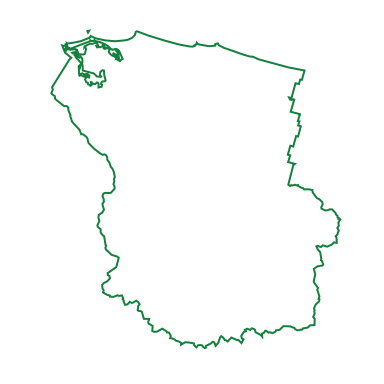 Tweed, New South Wales, Australia, rotated 276°
{"feature_id": "25037944B14398404968325", "entity_name": "Tweed", "entity_type": "district", "adm_level": 2, "iso_a3": "AUS", "parent_name": "Australia", "parent_adm1": "New South Wales", "projection": "natural_earth1", "projection_center": [153.453, -28.35], "detail": "fine", "context": "isolated", "style": "outline", "palette": "green", "viewbox_px": 384, "rotation_deg": 276, "n_neighbors": 0, "source": "geoboundaries", "source_scale": "gbopen_adm2", "svg_char_len": 5861}
<svg xmlns="http://www.w3.org/2000/svg" viewBox="0 0 384 384"><g transform="rotate(276 192 192)"><path d="M324.6,291.2L326.0,274.8L331.0,243.9L332.9,238.7L332.8,235.1L333.9,229.2L338.8,208.4L340.8,203.3L342.5,202.2L341.4,199.6L340.0,199.8L338.8,194.0L339.4,184.0L339.8,182.3L340.9,181.1L339.5,181.0L338.1,179.2L337.8,179.7L337.3,179.2L336.6,177.1L336.5,174.3L337.3,164.1L339.6,149.7L343.1,131.9L346.1,120.5L345.3,119.3L342.0,118.8L339.2,116.5L336.9,112.7L335.7,108.9L333.9,99.8L333.7,89.8L334.8,80.0L336.6,74.9L335.4,74.6L333.7,72.1L330.4,65.7L328.3,59.2L326.6,52.5L326.9,52.0L322.9,53.0L321.9,56.3L331.5,75.2L332.1,75.1L331.6,75.5L332.1,79.2L332.6,79.2L332.1,79.5L331.5,84.7L330.0,89.7L328.4,93.1L325.3,97.2L325.4,98.6L326.3,98.9L325.4,98.9L326.4,101.1L325.9,103.3L324.8,104.7L317.2,109.1L316.0,107.4L314.7,106.8L314.7,106.1L318.9,105.0L315.4,105.7L315.6,104.8L317.0,104.6L315.7,104.1L316.2,103.3L318.2,104.6L316.9,102.8L318.8,103.3L320.2,100.6L320.8,101.1L319.3,103.6L319.2,104.2L319.4,104.9L322.5,104.2L324.5,102.4L324.4,102.0L322.5,103.9L321.8,103.4L319.4,104.4L321.7,99.4L321.2,99.2L320.0,100.0L318.3,102.4L317.5,102.2L318.5,101.2L319.5,97.9L321.5,95.4L323.0,94.6L324.9,95.1L325.7,94.7L327.1,89.4L325.7,91.3L325.2,90.6L325.6,89.1L328.3,89.2L329.0,87.8L327.5,87.8L326.3,85.4L326.5,84.5L325.9,82.6L327.5,81.4L328.1,83.1L330.3,82.0L330.4,80.9L328.9,77.2L328.8,75.0L325.6,69.9L324.7,69.9L325.1,70.2L324.6,71.0L322.9,71.7L318.2,71.0L317.3,69.4L317.3,66.1L315.0,62.8L313.9,66.1L315.3,66.8L313.3,68.9L309.6,69.5L308.4,69.1L306.0,70.1L301.4,70.6L299.6,82.1L297.0,85.3L296.9,89.1L297.3,89.6L298.6,88.3L301.9,88.3L303.8,90.3L303.6,91.7L299.1,92.5L294.1,94.4L293.1,93.9L292.6,91.5L291.9,90.7L290.0,90.1L289.3,91.3L287.2,91.1L286.2,88.1L289.8,87.7L291.0,86.7L291.0,85.9L289.3,84.5L289.1,82.2L290.5,81.1L290.7,80.0L286.6,80.9L287.4,80.4L287.0,79.8L287.6,79.5L288.3,77.4L289.8,76.9L290.1,75.4L292.8,73.9L296.0,75.2L295.4,72.6L295.8,70.8L296.3,75.2L295.5,75.9L295.1,77.6L297.0,77.8L298.5,75.7L297.7,72.3L298.6,70.4L297.4,68.5L296.0,70.2L296.4,68.9L295.9,68.1L296.3,67.6L305.2,66.2L306.3,67.1L304.3,67.0L303.8,67.6L308.7,68.2L313.9,62.3L315.3,61.8L315.9,60.8L317.9,60.3L318.3,59.2L317.6,58.8L317.9,58.3L318.5,59.5L318.4,61.0L319.6,61.4L319.9,62.4L318.7,62.9L317.3,62.1L317.9,61.4L318.3,62.3L319.0,62.2L317.8,60.8L316.5,61.1L315.8,62.4L318.1,64.2L321.3,62.9L321.9,61.1L320.7,56.0L321.2,52.8L319.2,51.8L320.1,50.7L322.7,51.5L324.0,50.8L324.9,51.1L326.7,50.9L324.6,50.8L323.9,49.1L324.2,47.6L317.3,51.2L312.9,57.9L310.7,56.1L281.6,41.9L279.5,42.9L275.8,41.8L274.6,42.7L273.0,45.6L270.4,46.1L269.2,47.7L264.0,55.9L264.4,58.4L263.0,60.2L260.2,60.6L255.8,63.1L255.0,62.9L249.3,65.4L242.0,73.7L237.8,75.8L238.1,77.3L235.9,81.1L234.1,82.5L230.0,83.9L224.8,90.1L220.5,97.1L219.6,99.5L220.3,100.8L219.7,102.5L218.3,103.7L215.1,104.5L212.8,106.7L208.5,108.6L206.8,110.5L203.7,112.2L198.9,113.7L196.8,113.0L194.9,113.6L191.5,113.1L189.3,114.4L187.2,114.7L182.6,111.3L182.0,105.6L181.2,104.1L178.6,103.3L176.1,104.8L172.9,105.4L171.4,104.3L169.8,104.4L165.1,106.3L162.3,105.0L159.6,101.7L156.6,101.6L153.5,102.9L148.9,101.4L147.4,102.0L145.5,105.0L142.2,105.4L139.8,107.5L138.9,109.2L130.2,111.6L129.7,112.3L127.7,111.7L126.0,112.2L121.1,118.6L120.0,124.3L118.9,126.0L109.5,124.6L102.5,116.6L100.6,116.9L99.8,118.7L97.4,119.4L94.1,116.8L92.4,114.0L90.2,112.3L86.5,113.2L84.8,114.5L82.8,114.0L80.8,118.5L80.4,121.2L79.4,121.4L79.5,124.9L81.5,128.7L81.0,130.0L81.8,133.1L79.2,134.7L78.2,134.2L77.1,135.4L76.3,135.3L72.8,137.2L73.5,139.6L76.3,141.6L75.4,143.7L75.6,144.6L78.0,147.8L77.1,149.7L74.9,151.6L72.6,150.2L71.6,150.6L69.0,150.2L68.2,151.1L68.1,153.8L67.5,154.7L60.8,157.4L61.3,162.7L58.1,162.0L56.5,162.7L54.7,166.9L49.6,167.0L49.0,168.9L49.5,171.8L53.0,176.8L50.7,181.4L49.7,181.8L49.8,183.8L46.7,185.9L44.3,185.5L44.4,187.2L43.5,190.3L42.4,191.6L42.0,194.4L40.7,197.1L39.0,197.1L41.9,201.0L42.0,205.0L41.6,209.7L40.0,210.1L37.9,212.5L40.3,214.2L40.7,216.3L40.4,218.3L39.3,219.0L38.1,220.9L38.7,222.1L40.5,222.1L43.3,226.6L45.2,228.3L45.1,229.3L44.0,230.4L41.5,231.5L44.8,234.0L50.2,235.1L51.7,236.1L50.4,238.3L48.2,240.0L48.0,241.4L47.0,243.0L51.4,246.4L49.6,251.8L49.7,253.6L46.9,257.0L50.9,258.6L51.5,256.9L54.0,256.0L58.5,258.3L59.1,260.2L60.6,259.1L61.8,261.3L60.9,264.3L62.7,265.7L62.2,268.0L61.3,269.2L59.2,269.8L57.0,275.3L55.5,276.9L58.4,276.4L59.5,278.3L61.6,279.3L61.8,280.1L60.1,282.7L60.7,284.3L60.0,286.7L61.9,289.7L63.2,290.0L64.1,293.5L68.2,297.0L68.6,303.9L67.4,308.3L66.3,308.9L65.6,311.2L65.8,313.3L66.4,314.0L66.6,316.0L67.9,316.5L69.2,321.1L71.9,323.6L72.4,327.7L78.6,327.3L80.4,325.6L83.9,326.7L86.3,326.0L87.5,326.3L88.9,325.5L93.2,326.9L96.5,329.9L98.7,329.9L98.8,329.1L101.6,329.6L107.8,326.8L109.7,327.4L114.9,322.7L116.2,322.4L123.1,323.2L128.2,321.2L131.2,324.6L132.5,329.4L133.5,330.1L137.0,328.5L137.7,327.3L139.0,327.6L145.7,325.7L148.0,323.1L150.9,321.4L151.5,322.2L150.8,326.0L152.6,327.7L151.8,332.3L154.5,336.7L156.7,338.4L156.6,341.3L161.7,340.5L163.0,339.5L165.4,341.3L167.1,341.3L168.8,342.1L171.5,340.3L173.6,341.5L177.0,340.8L180.0,342.2L180.5,340.7L181.1,341.3L182.1,339.4L183.7,339.1L184.5,337.7L186.2,336.9L189.3,333.2L189.2,330.8L188.1,329.1L187.6,326.4L189.0,322.5L190.4,322.1L193.4,323.3L195.6,322.6L198.1,319.4L199.1,316.7L204.3,312.0L206.5,311.6L206.9,307.7L206.3,303.1L207.6,301.7L207.7,300.3L209.1,297.0L210.0,296.7L209.5,295.7L210.0,293.6L208.9,290.9L209.2,289.8L208.2,288.9L209.3,287.0L229.2,289.9L230.7,291.4L231.8,284.5L238.8,285.8L239.1,283.4L248.3,285.0L247.8,287.9L258.5,289.7L258.2,291.7L268.8,293.3L269.2,290.6L273.5,291.4L273.7,289.8L280.0,291.2L280.1,290.5L280.8,290.7L282.1,281.8L294.5,284.0L294.8,282.9L294.0,281.3L294.2,279.8L296.2,278.6L295.8,281.1L311.0,283.6L310.5,287.1L315.2,287.9L315.1,289.6L324.6,291.2ZM341.7,72.8L341.1,71.1L339.7,71.9L341.7,72.8Z" fill="none" stroke="#15803d" stroke-width="2"/></g></svg>